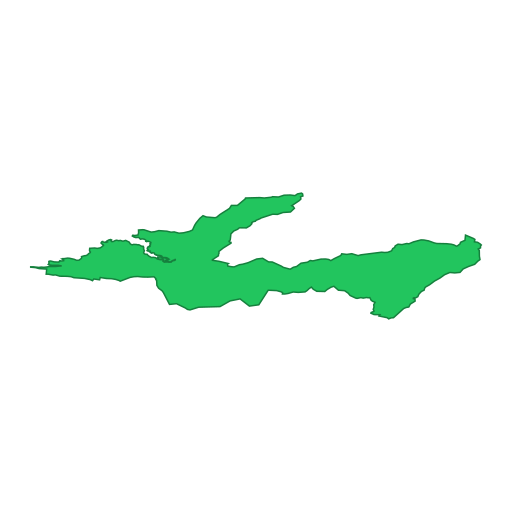 the district of Førde nor, Sogn og Fjordane, Norway
{"feature_id": "86288312B49751827405886", "entity_name": "Førde nor", "entity_type": "district", "adm_level": 2, "iso_a3": "NOR", "parent_name": "Norway", "parent_adm1": "Sogn og Fjordane", "projection": "robinson", "projection_center": [5.859, 61.462], "detail": "fine", "context": "isolated", "style": "filled", "palette": "green", "viewbox_px": 512, "rotation_deg": 0, "n_neighbors": 0, "source": "geoboundaries", "source_scale": "gbopen_adm2", "svg_char_len": 6054}
<svg xmlns="http://www.w3.org/2000/svg" viewBox="0 0 512 512"><path d="M132.3,236.0L133.9,237.0L135.8,237.6L138.7,237.4L140.4,239.2L142.4,238.9L144.2,239.2L145.6,240.0L145.9,240.6L145.8,241.2L146.6,241.1L146.9,241.6L147.2,241.3L148.4,241.3L150.8,242.3L150.9,242.7L150.5,243.1L150.8,243.2L150.4,243.2L150.1,243.7L150.5,243.9L150.3,244.6L150.4,244.8L149.6,245.4L150.1,246.0L150.1,246.4L149.6,246.7L148.2,246.8L148.3,247.2L147.5,247.7L147.2,248.3L148.2,249.6L147.0,250.4L147.1,250.7L148.1,251.1L150.0,251.2L149.7,251.9L150.6,252.3L150.6,252.5L151.1,252.7L151.3,253.1L152.1,253.1L152.5,252.7L154.1,253.0L154.5,253.4L154.6,254.1L155.3,254.6L156.4,254.7L156.3,255.1L157.9,255.5L158.7,255.3L161.1,255.7L162.0,256.3L161.8,257.3L162.7,257.8L163.8,257.5L164.3,257.7L164.1,257.5L166.2,257.6L167.7,258.2L168.8,259.0L168.3,259.1L168.8,259.2L168.4,259.2L168.6,259.5L167.5,260.2L166.4,260.4L164.8,260.4L166.4,260.3L166.8,260.0L166.1,260.1L168.0,259.5L168.3,258.9L164.3,257.8L163.2,258.2L161.0,257.3L160.7,256.9L159.9,256.8L159.6,257.0L158.2,257.0L158.2,257.3L157.9,257.0L157.4,258.2L157.9,258.6L159.4,259.2L162.6,259.3L163.3,259.7L163.7,260.4L164.5,260.4L163.7,260.5L163.9,261.7L164.5,262.0L168.8,261.5L169.0,261.6L168.0,261.8L170.1,262.1L172.6,260.5L174.7,259.8L174.9,259.5L175.3,259.5L175.3,260.0L174.4,260.3L174.9,260.4L172.7,260.8L171.1,262.0L171.9,261.9L170.7,262.2L166.3,262.0L164.3,262.2L163.0,261.2L163.3,260.9L162.4,259.7L160.3,259.7L157.5,259.1L156.4,258.4L155.8,257.7L153.4,257.3L151.5,257.5L149.2,256.3L147.5,254.9L147.2,254.3L144.9,254.1L144.0,253.5L143.7,252.4L144.4,250.6L143.6,249.3L143.8,249.0L143.4,247.6L143.7,247.4L143.3,246.3L141.6,246.2L138.8,244.7L138.1,244.9L136.4,244.5L134.2,244.4L133.3,244.4L132.6,244.8L131.4,244.6L130.1,243.7L129.3,242.2L125.7,240.4L122.9,241.2L120.3,240.4L118.7,240.7L116.6,240.2L115.3,240.5L113.3,241.5L111.9,241.7L111.6,241.5L111.9,241.2L110.6,240.3L111.3,239.8L110.7,239.5L108.9,239.9L106.9,241.0L107.0,241.4L106.5,241.6L107.3,242.0L106.5,242.4L103.7,242.2L103.2,242.0L103.1,241.6L103.4,241.5L102.2,241.5L101.7,241.9L101.0,243.0L102.5,244.5L103.2,244.7L103.5,245.4L101.5,247.1L100.1,247.9L97.3,248.4L94.7,248.0L89.7,248.3L89.5,250.4L89.7,251.2L90.4,251.9L90.3,252.5L88.2,254.0L87.8,254.7L85.9,255.6L84.5,255.7L81.5,256.6L81.7,257.5L81.4,258.4L79.0,260.2L76.6,260.3L74.2,259.3L69.8,258.3L67.7,258.1L62.9,258.8L62.8,258.6L61.9,258.9L63.4,259.7L63.7,260.1L63.7,260.7L61.5,261.0L59.8,260.7L59.5,261.1L60.0,261.2L58.7,262.1L54.2,261.9L50.6,261.0L49.1,261.2L48.8,261.7L49.0,263.0L48.8,263.9L48.3,264.4L49.4,264.9L52.3,265.3L58.5,265.3L61.7,265.9L55.6,266.5L48.8,266.5L47.5,266.9L43.8,267.3L41.4,267.1L38.7,267.4L33.2,266.8L30.7,266.8L30.7,267.2L35.4,267.6L39.2,268.6L46.7,269.1L46.2,274.2L48.3,274.2L53.1,275.1L55.5,274.9L59.9,276.2L67.0,276.3L71.1,276.7L73.9,277.7L84.5,278.4L90.2,279.6L92.5,280.7L93.8,279.0L99.6,279.8L100.2,277.5L106.5,278.5L111.6,278.7L115.6,279.4L119.1,280.5L120.2,281.2L130.1,277.4L133.9,276.7L137.7,276.5L142.5,277.0L147.9,277.1L154.0,276.8L155.9,278.7L155.8,279.6L156.6,280.4L156.9,285.4L158.6,288.2L162.1,290.8L163.4,292.6L169.5,304.4L176.5,303.7L185.4,308.0L187.4,309.4L190.0,309.9L198.7,307.2L220.0,306.6L230.1,300.9L240.1,298.9L249.4,306.1L258.8,304.8L268.2,290.2L276.7,290.6L281.3,291.9L282.6,292.7L282.4,294.0L284.7,294.0L288.0,293.5L293.2,292.0L298.3,292.4L305.1,291.9L307.0,290.6L309.1,288.6L311.4,287.1L313.2,289.2L316.8,291.3L324.8,291.5L327.2,289.5L331.0,287.2L333.9,286.3L338.4,290.2L344.6,290.7L348.2,293.2L350.1,295.5L355.7,298.1L357.1,298.4L360.9,297.6L363.2,298.1L366.5,297.5L368.2,297.8L369.8,297.6L371.1,300.2L372.6,301.3L375.1,302.3L373.7,304.7L374.0,307.1L373.2,309.4L374.0,310.9L373.9,311.4L371.1,312.5L370.9,313.2L374.1,314.6L379.9,314.7L379.0,316.0L387.2,317.7L388.7,318.9L391.0,317.9L393.5,317.7L403.7,308.5L406.1,307.5L408.8,307.0L410.3,304.1L415.1,301.1L415.0,299.4L414.6,298.9L413.3,298.7L413.3,298.1L414.1,297.7L415.3,298.0L417.8,296.7L418.8,294.3L421.0,291.9L422.6,290.8L424.0,290.3L424.9,287.7L425.8,286.9L429.5,284.8L434.6,281.0L439.9,278.1L444.6,274.7L449.3,272.7L450.0,272.5L454.8,272.9L460.0,272.4L463.2,268.9L468.7,266.4L474.7,264.3L477.9,261.1L480.0,259.6L479.4,256.2L479.3,250.5L478.2,249.0L480.5,247.9L480.6,245.8L481.3,245.0L480.4,244.1L477.6,242.3L474.4,241.8L474.9,239.4L473.3,238.4L465.5,235.1L465.0,240.3L460.5,242.3L460.1,243.8L457.7,245.7L456.5,246.2L453.9,244.9L451.2,244.2L446.5,243.7L436.8,243.5L434.2,242.9L428.7,240.9L423.9,240.0L421.0,239.9L413.4,241.9L408.9,243.8L406.8,243.5L402.0,244.6L398.0,244.2L395.4,245.8L395.0,246.2L394.8,247.2L394.4,247.6L392.7,248.6L391.6,250.8L387.8,252.3L384.7,252.5L381.6,252.2L361.0,254.8L358.1,255.6L351.8,253.7L346.8,254.4L341.7,253.8L341.1,255.0L340.6,255.6L334.5,258.5L330.8,260.6L328.8,259.5L325.7,259.0L321.0,259.1L312.8,260.9L310.3,260.5L307.5,262.2L301.0,263.2L296.6,266.5L293.3,267.3L290.2,269.2L283.4,267.4L281.3,266.1L272.3,262.0L268.6,261.9L262.6,258.3L256.7,259.0L248.1,262.7L242.7,264.2L239.4,264.7L234.2,266.9L232.2,266.8L227.8,266.1L227.5,263.8L228.1,263.5L219.0,261.3L212.4,260.3L212.4,259.7L218.4,255.8L218.6,253.9L219.0,253.3L218.9,251.4L219.2,251.2L223.4,247.9L231.0,243.2L231.0,242.4L229.3,241.9L229.0,241.2L230.1,240.2L230.3,239.5L230.9,233.9L233.8,231.0L237.6,229.3L239.4,227.8L246.4,227.9L250.1,225.7L251.9,223.7L251.5,223.1L251.7,222.6L253.3,221.7L255.4,221.2L256.1,220.3L259.8,218.8L261.1,218.0L272.7,214.2L277.5,214.4L283.0,212.5L290.5,212.0L294.4,208.3L293.2,206.5L291.7,205.7L299.3,200.6L300.9,199.0L300.5,196.8L302.9,196.0L302.6,193.9L301.5,193.1L297.5,193.9L295.0,195.6L290.3,195.0L284.0,195.2L278.5,197.0L272.5,196.7L271.5,197.2L264.3,198.0L259.8,197.6L245.5,198.0L245.1,199.0L237.4,205.4L231.4,205.4L229.5,208.4L220.1,214.4L216.4,217.4L214.8,217.7L206.4,217.0L203.0,215.7L199.9,218.3L196.2,222.8L194.7,225.2L192.5,230.0L189.4,231.4L183.5,232.8L179.0,233.2L174.2,231.9L171.1,232.2L166.9,231.2L158.8,230.6L154.6,231.7L151.2,232.1L144.1,229.8L142.7,229.7L138.5,230.0L138.6,232.7L138.0,235.0L134.8,235.5L132.8,235.2L132.3,236.0Z" fill="#22c55e" stroke="#15803d" stroke-width="1.5"/></svg>